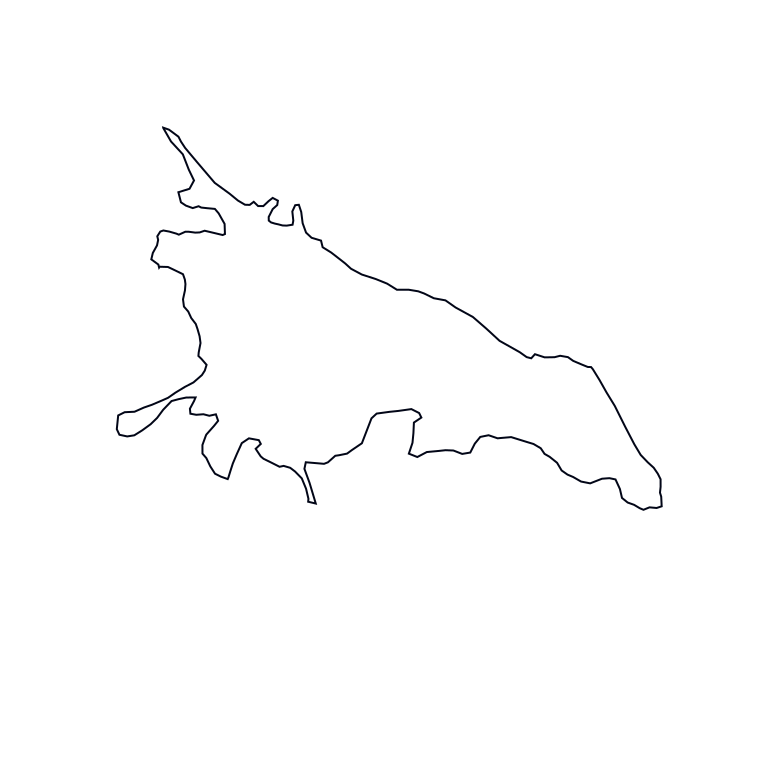 Larnaka, Larnaca, Cyprus (Mercator projection), rotated 293°
{"feature_id": "46923920B89189086057920", "entity_name": "Larnaka", "entity_type": "district", "adm_level": 2, "iso_a3": "CYP", "parent_name": "Cyprus", "parent_adm1": "Larnaca", "projection": "mercator", "projection_center": [33.619, 34.898], "detail": "fine", "context": "isolated", "style": "outline", "palette": "ink", "viewbox_px": 768, "rotation_deg": 293, "n_neighbors": 0, "source": "geoboundaries", "source_scale": "gbopen_adm2", "svg_char_len": 3292}
<svg xmlns="http://www.w3.org/2000/svg" viewBox="0 0 768 768"><g transform="rotate(293 384 384)"><path d="M246.0,360.2L247.3,367.9L263.9,354.1L274.8,343.9L281.4,342.6L287.1,360.0L290.0,363.0L298.9,367.2L300.9,370.5L305.5,377.2L310.7,380.3L320.8,386.8L347.5,385.9L353.9,388.8L360.5,399.9L364.8,407.7L371.6,419.0L371.0,427.7L367.7,431.5L360.2,426.6L350.2,430.3L341.0,433.2L329.6,434.1L329.8,443.2L338.1,450.0L343.8,460.6L347.1,466.5L349.9,473.9L350.2,483.3L354.6,490.2L364.6,490.9L372.9,493.3L377.7,500.3L378.4,509.8L379.5,511.8L384.8,521.8L385.6,529.7L386.5,538.6L387.2,545.1L386.1,553.4L382.4,559.1L381.7,564.9L379.1,574.1L373.8,581.3L372.3,588.3L372.3,594.4L371.2,603.5L373.1,612.6L382.0,621.7L385.4,628.3L386.6,634.4L379.5,642.2L372.1,647.6L370.1,654.6L370.5,661.4L369.6,667.9L369.6,672.0L374.2,676.6L376.4,683.4L379.9,687.4L381.1,686.8L382.8,686.0L388.6,683.2L391.8,680.5L397.4,678.8L404.4,675.8L408.4,671.1L412.3,665.0L415.0,657.3L419.0,648.0L426.3,638.0L438.9,622.7L454.0,605.0L463.2,592.1L471.9,580.8L479.2,570.5L480.5,568.0L479.3,564.9L479.2,558.2L479.2,549.2L480.6,542.8L478.8,535.1L475.3,530.5L471.3,521.5L470.4,511.3L465.2,509.5L464.5,504.8L466.3,496.6L468.9,473.5L475.0,456.4L480.4,439.7L482.4,420.0L485.0,407.9L482.4,396.3L483.0,385.6L482.7,379.3L480.4,369.8L475.8,359.1L477.6,347.6L477.4,335.4L476.1,320.8L477.2,308.6L479.8,301.2L481.5,294.9L484.4,283.9L485.9,274.1L491.4,270.0L490.3,260.2L492.9,253.1L500.2,246.3L510.0,240.6L515.7,235.6L513.9,232.4L507.0,232.2L498.9,236.7L494.9,237.6L491.8,232.6L490.3,228.7L489.7,224.5L489.0,220.8L488.6,216.9L489.4,214.1L492.7,212.6L501.5,213.2L507.0,215.8L511.3,214.7L511.8,208.8L507.2,206.3L500.6,203.4L498.6,198.6L500.8,192.9L496.4,190.4L494.7,186.0L495.8,177.9L498.9,167.3L503.0,149.6L515.3,125.0L523.6,108.7L527.8,102.4L531.3,98.2L533.0,91.3L534.1,86.7L533.7,80.6L533.4,80.8L524.0,93.2L516.8,109.1L505.0,120.6L497.1,129.6L487.7,128.7L480.2,119.8L475.6,123.3L471.9,126.1L470.8,132.0L471.2,139.2L475.2,143.9L475.0,146.8L476.7,152.4L479.1,159.9L476.5,165.1L469.1,174.7L459.9,179.0L458.1,177.3L456.2,166.0L455.0,159.0L451.5,155.1L449.6,151.1L447.8,144.6L446.5,141.6L441.3,136.8L441.3,134.2L440.4,126.8L439.1,120.9L436.9,118.5L431.4,117.6L428.4,119.8L422.9,120.9L414.3,120.0L407.8,121.1L405.8,129.6L403.3,131.5L404.3,131.7L407.3,139.4L407.1,144.6L406.5,156.1L402.3,159.9L398.4,162.2L392.4,164.2L383.4,165.9L377.1,169.6L374.2,175.5L369.4,180.8L365.7,187.3L361.8,190.8L355.9,195.6L350.0,199.1L340.7,201.1L337.3,202.2L335.8,206.1L332.3,213.2L326.3,213.8L321.1,212.9L311.0,208.0L303.6,201.9L294.4,195.3L286.9,190.6L282.3,186.3L274.2,178.5L268.5,172.2L261.0,165.2L256.7,156.3L251.2,151.6L238.0,155.7L233.9,160.3L235.4,168.1L239.2,174.2L246.8,179.5L255.8,184.9L264.1,188.4L274.0,190.8L285.3,195.1L289.9,201.0L294.3,207.3L298.0,215.8L294.1,215.8L285.4,215.0L281.0,217.4L282.3,223.2L285.6,229.6L286.5,235.6L290.4,241.1L285.3,245.7L279.0,243.9L268.0,240.2L266.5,240.2L256.9,240.7L249.0,244.1L246.4,249.4L240.3,256.3L235.4,263.5L235.0,270.1L235.4,277.3L237.2,277.3L244.0,276.6L251.8,275.9L261.9,275.9L274.0,276.2L281.2,280.9L283.4,290.7L280.7,294.0L274.2,291.2L269.2,298.8L268.1,302.3L267.6,311.2L267.0,320.2L269.4,323.6L270.2,330.4L268.7,336.3L265.0,345.2L257.1,353.2L248.8,359.3L246.0,360.2Z" fill="none" stroke="#020617" stroke-width="2"/></g></svg>